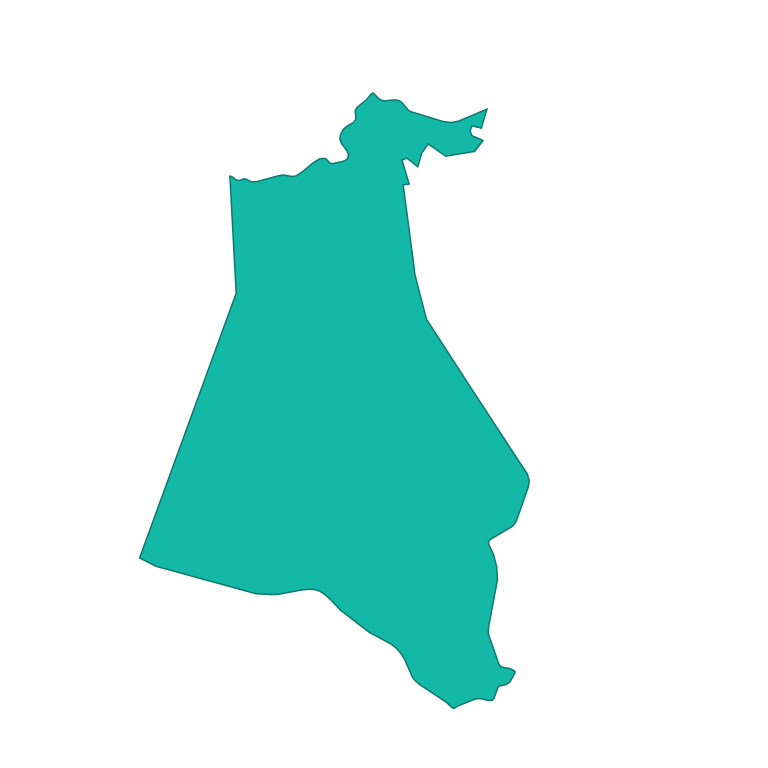 an SVG outline of Eastern Equatoria, rotated 286°
{"feature_id": "SDS-892", "entity_name": "Eastern Equatoria", "entity_type": "State", "adm_level": 1, "iso_a3": "SSD", "parent_name": "South Sudan", "parent_adm1": "", "projection": "natural_earth1", "projection_center": [34.12, 4.76], "detail": "fine", "context": "isolated", "style": "filled", "palette": "teal", "viewbox_px": 768, "rotation_deg": 286, "n_neighbors": 0, "source": "natural_earth", "source_scale": "10m", "svg_char_len": 2170}
<svg xmlns="http://www.w3.org/2000/svg" viewBox="0 0 768 768"><g transform="rotate(286 384 384)"><path d="M584.0,263.6L584.7,265.6L583.8,267.4L582.6,269.1L581.6,270.9L581.4,272.9L582.0,274.4L586.6,283.0L588.7,285.7L591.4,287.1L594.8,286.5L598.0,284.0L603.8,276.6L606.9,274.2L609.4,273.6L612.4,273.6L615.4,274.1L617.9,274.9L621.2,277.0L627.3,282.8L630.7,283.8L634.1,283.0L636.7,281.7L639.3,280.9L642.9,282.1L652.2,288.7L660.0,292.2L660.7,293.7L656.9,300.1L655.9,303.9L656.4,307.1L659.2,313.4L660.4,317.3L660.5,320.7L659.3,324.0L653.9,332.0L653.2,334.1L652.6,368.5L653.8,376.5L657.3,383.3L676.6,407.2L667.5,407.1L656.8,407.1L656.4,397.4L650.9,397.0L646.9,400.2L646.1,407.0L645.3,412.1L632.8,407.1L632.6,407.0L632.5,406.9L625.8,392.7L620.0,380.6L626.9,360.3L616.2,356.6L602.1,356.6L607.4,343.9L604.3,339.5L593.2,346.6L583.2,353.0L580.7,347.5L570.9,351.8L559.2,356.9L546.2,362.6L534.6,367.6L523.8,372.3L512.3,377.4L498.4,383.2L488.8,388.8L479.0,394.5L469.1,400.4L457.9,407.0L443.6,423.5L429.2,440.0L414.9,456.4L400.5,472.9L389.0,486.3L377.3,499.8L361.4,518.2L347.8,534.0L337.4,546.2L336.7,546.7L331.4,550.2L325.3,551.1L302.4,549.8L299.2,549.6L289.5,549.0L285.1,548.0L282.1,546.2L264.2,529.3L261.3,527.9L258.8,528.9L250.2,536.3L239.0,542.9L227.1,547.0L204.8,549.1L178.7,551.6L172.4,553.3L146.3,571.7L144.6,573.9L144.4,576.1L145.1,582.0L145.0,584.5L144.6,586.8L144.4,587.9L143.5,589.3L141.7,589.4L132.8,587.3L130.4,585.8L128.2,583.3L127.3,581.5L125.5,578.2L123.9,577.2L122.7,577.1L111.6,576.3L109.6,575.1L108.7,572.3L108.2,564.8L107.7,561.6L105.7,557.7L95.6,544.6L92.2,541.3L91.4,540.9L91.8,538.1L95.3,531.7L104.7,501.7L107.4,495.7L110.1,492.0L124.9,479.8L129.7,474.4L133.1,469.3L135.9,462.6L141.2,438.3L154.4,404.9L162.6,391.0L165.5,384.8L167.1,379.3L167.3,374.1L165.9,368.2L163.7,362.4L152.4,339.7L150.4,333.3L147.1,318.7L145.9,215.4L149.4,197.0L430.5,216.9L541.2,178.6L541.5,180.5L540.0,184.0L539.5,185.9L539.4,187.8L540.1,189.6L542.5,192.5L542.9,194.3L542.6,196.6L542.2,198.5L541.9,200.3L542.1,202.5L543.6,206.1L555.0,225.0L557.1,229.4L558.3,238.9L559.8,242.1L566.1,247.5L577.5,255.2L583.0,260.3L584.0,263.6Z" fill="#14b8a6" stroke="#0f766e" stroke-width="1.5"/></g></svg>